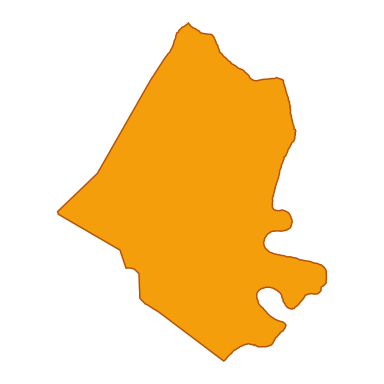 Almondale, Castries, Saint Lucia (orthographic projection)
{"feature_id": "8701671B18648215649765", "entity_name": "Almondale", "entity_type": "district", "adm_level": 2, "iso_a3": "LCA", "parent_name": "Saint Lucia", "parent_adm1": "Castries", "projection": "orthographic", "projection_center": [-60.96, 14.019], "detail": "fine", "context": "isolated", "style": "filled", "palette": "amber", "viewbox_px": 384, "rotation_deg": 0, "n_neighbors": 0, "source": "geoboundaries", "source_scale": "gbopen_adm2", "svg_char_len": 6014}
<svg xmlns="http://www.w3.org/2000/svg" viewBox="0 0 384 384"><path d="M165.4,57.2L150.4,80.4L97.4,173.4L57.6,211.6L58.4,214.3L120.0,250.1L126.0,268.1L129.7,267.9L134.2,269.0L139.0,273.7L139.4,286.8L139.8,293.6L139.7,296.5L140.1,298.6L144.3,302.9L145.2,303.9L146.9,304.5L149.5,306.2L153.0,308.5L158.5,311.8L223.7,361.0L225.4,359.8L226.7,358.1L227.3,357.2L228.9,355.4L230.9,353.8L231.5,353.4L232.6,351.7L233.9,350.5L235.5,349.7L237.4,348.4L239.2,347.4L239.9,346.7L242.5,345.7L243.8,344.9L245.4,344.5L246.9,344.2L248.3,343.6L250.2,344.3L253.0,344.7L254.5,345.5L255.0,345.0L257.3,346.3L258.1,346.7L259.5,346.8L261.5,346.8L263.0,346.7L265.5,346.8L266.6,346.5L267.6,346.4L269.0,345.7L270.1,345.4L270.6,345.3L272.6,343.7L272.8,343.1L275.1,339.1L275.6,337.8L277.1,336.8L278.1,335.2L278.9,334.5L280.0,333.4L279.9,332.8L281.0,332.0L282.3,331.2L283.4,330.6L283.7,329.7L285.1,327.9L285.3,326.7L285.7,325.8L286.0,325.3L285.6,324.4L284.4,323.1L283.2,322.2L281.6,321.6L280.7,321.4L279.7,321.2L277.6,320.4L276.4,319.9L275.3,319.4L274.5,318.9L270.5,316.3L268.9,314.8L268.3,314.3L267.3,313.3L266.1,311.6L265.3,310.8L264.1,309.7L263.1,308.1L261.8,307.2L261.1,306.6L260.6,305.9L259.5,305.0L259.1,304.2L258.7,303.7L258.5,303.0L257.9,301.9L258.1,300.7L257.3,299.7L257.2,298.8L256.7,297.4L256.8,295.5L256.8,293.5L257.1,292.8L258.0,291.8L258.2,291.1L259.1,290.2L261.2,288.8L262.6,288.2L263.6,288.2L265.3,287.3L266.9,287.3L269.7,287.3L271.8,287.8L273.3,288.2L273.8,288.7L274.9,289.1L276.0,289.8L276.9,290.2L278.0,291.2L280.1,292.8L281.1,294.3L281.5,295.1L281.8,296.4L282.1,297.9L282.6,298.7L283.2,299.8L282.9,300.7L283.3,301.5L284.6,303.4L285.1,303.8L285.3,304.8L286.7,306.7L287.8,307.7L288.4,308.0L289.6,308.5L292.1,309.1L293.2,308.4L294.3,308.5L295.1,307.1L296.9,306.0L297.6,305.5L298.4,304.3L299.3,303.8L299.9,302.5L301.4,300.9L301.9,300.1L302.6,299.8L303.3,298.5L304.3,297.4L304.5,296.9L305.2,295.3L307.0,294.6L308.0,294.3L308.7,293.9L309.6,293.8L310.7,293.7L311.4,293.6L314.5,294.1L316.8,293.9L318.0,293.7L318.7,293.1L319.9,291.9L321.0,290.6L321.1,289.3L321.0,288.3L321.1,287.6L321.3,287.1L321.9,286.6L322.5,286.2L323.0,286.0L323.5,285.8L324.0,285.2L324.8,284.7L325.9,283.0L326.3,282.7L325.9,280.9L326.3,280.0L326.4,277.4L326.4,275.6L326.2,274.7L326.4,273.8L326.1,272.6L326.4,271.8L326.1,270.8L325.6,269.6L325.2,268.8L324.2,267.5L321.5,265.0L319.8,264.6L319.1,264.4L317.4,263.4L316.0,263.3L313.7,262.9L312.8,262.5L310.0,261.4L307.5,261.1L304.8,260.6L303.7,260.5L302.1,260.0L301.3,260.0L300.7,259.9L299.3,259.6L298.6,259.3L297.6,258.7L296.1,258.0L294.5,257.9L293.1,257.7L291.8,257.1L289.8,256.8L289.3,256.7L287.8,257.0L287.2,256.9L285.9,256.4L284.2,255.8L283.3,255.6L282.6,255.5L281.2,255.4L280.1,255.0L277.6,254.6L276.5,254.3L275.7,254.2L273.7,253.7L271.4,252.7L270.8,252.6L269.7,252.1L269.1,251.7L268.3,251.1L268.0,250.6L267.0,249.9L265.4,248.2L264.7,247.0L264.3,246.1L263.9,244.6L263.8,243.7L263.7,243.0L263.6,242.5L264.0,241.5L264.2,240.5L264.5,239.2L265.0,237.9L265.7,236.8L266.4,236.0L266.8,235.0L267.5,234.3L268.6,233.3L270.4,232.3L271.3,231.6L272.7,231.2L275.4,231.1L276.6,230.9L277.1,230.8L278.2,230.9L279.9,231.1L281.2,231.1L283.3,230.9L283.9,230.7L284.7,230.3L285.9,230.3L287.0,229.9L287.5,229.4L288.2,229.2L288.7,228.9L289.5,228.4L290.0,228.0L291.0,226.5L291.0,226.0L291.4,225.1L291.8,222.8L292.2,222.3L292.1,221.6L291.9,219.8L291.7,219.0L291.4,218.5L291.0,218.0L290.9,217.2L290.8,216.6L290.2,215.5L289.6,214.3L288.8,213.1L287.8,212.4L286.7,211.7L284.9,210.8L283.7,210.5L281.9,209.9L280.8,210.4L279.8,210.6L278.4,210.6L277.4,210.6L275.8,210.4L274.9,210.1L274.4,209.7L273.7,209.4L273.2,208.7L272.7,207.8L272.4,207.3L272.4,205.0L272.4,204.4L272.4,203.2L272.3,202.6L272.8,201.1L272.6,200.2L272.4,198.6L272.4,197.8L272.9,197.0L273.5,195.5L273.5,194.8L273.9,192.7L274.4,191.4L274.7,189.5L275.2,188.6L275.0,188.1L275.2,187.2L275.5,186.3L275.8,185.7L276.8,182.3L276.9,181.7L277.2,181.3L277.7,180.0L278.2,178.3L278.5,177.6L278.6,176.6L279.1,174.9L279.2,174.3L279.5,173.3L279.7,171.2L279.7,170.4L280.4,169.2L280.9,168.1L281.4,165.7L281.5,164.8L281.9,164.0L282.6,162.7L283.2,160.7L283.8,159.3L284.1,157.9L284.0,157.3L285.8,155.9L286.3,154.2L287.3,152.3L287.7,151.6L287.7,150.5L288.3,149.5L289.1,148.1L289.7,147.2L289.9,146.7L290.4,145.9L290.6,145.2L291.3,144.1L291.6,143.1L292.1,142.6L293.0,141.8L293.8,141.1L294.3,139.5L294.8,138.8L294.9,137.6L294.6,136.8L295.2,135.4L295.3,134.3L295.3,133.2L295.0,132.6L295.6,131.9L295.8,131.5L295.6,130.4L295.0,129.2L293.9,129.1L294.1,126.7L293.4,125.4L293.2,124.9L292.8,123.1L292.6,122.0L292.1,120.3L291.3,116.7L291.3,116.1L291.0,114.6L290.2,113.2L290.4,112.7L290.5,111.3L290.6,110.2L290.4,109.2L290.0,108.0L289.9,106.9L290.5,106.7L289.7,105.2L289.8,104.4L289.3,103.0L289.6,102.3L288.9,100.9L288.3,99.8L288.5,98.6L288.0,97.2L287.7,96.4L287.2,95.3L287.1,94.6L286.5,92.7L286.0,91.2L285.5,89.7L285.6,88.6L284.5,86.5L284.8,85.9L283.9,84.2L283.5,83.1L283.6,81.6L283.2,81.0L283.4,80.4L282.4,79.7L281.8,79.4L280.7,79.0L279.4,78.6L278.2,78.3L276.6,77.5L275.2,78.3L274.1,78.6L272.8,78.5L270.0,78.7L269.2,78.9L268.3,79.1L266.9,79.2L264.6,79.2L262.4,79.5L257.0,80.7L254.5,80.6L252.5,79.9L249.7,77.7L249.1,76.0L247.6,74.3L245.2,72.3L243.5,70.4L241.8,69.4L239.7,68.7L237.9,68.0L237.2,67.2L236.4,66.5L233.6,64.7L232.3,64.1L231.6,63.6L230.8,62.9L230.7,62.3L229.9,61.5L228.6,61.0L227.4,59.6L226.7,58.8L225.5,57.7L224.3,56.9L222.7,55.3L222.2,54.2L220.6,52.9L219.5,51.7L219.5,50.8L218.9,49.2L217.9,47.5L218.1,46.6L217.8,45.6L216.7,44.1L216.2,42.8L216.0,42.1L214.8,39.2L214.5,38.5L214.1,37.7L213.5,36.5L212.9,36.1L212.4,35.2L211.7,34.6L211.1,34.4L208.4,34.2L206.1,33.9L204.9,33.8L203.6,33.5L202.4,33.2L201.1,33.1L199.7,31.8L198.8,30.7L197.4,30.3L196.6,29.5L195.2,28.7L193.8,28.2L192.4,27.2L190.9,26.2L190.0,24.9L189.3,24.6L188.5,23.0L187.6,23.8L183.9,26.6L182.1,27.3L180.3,29.1L179.0,30.4L178.1,32.5L176.9,32.8L176.1,34.9L175.7,37.6L175.1,39.4L174.3,40.7L173.5,44.1L173.1,45.2L172.5,46.8L171.1,49.3L170.2,51.4L169.1,52.8L167.9,53.9L166.4,56.1L165.4,57.2Z" fill="#f59e0b" stroke="#b45309" stroke-width="1.5"/></svg>